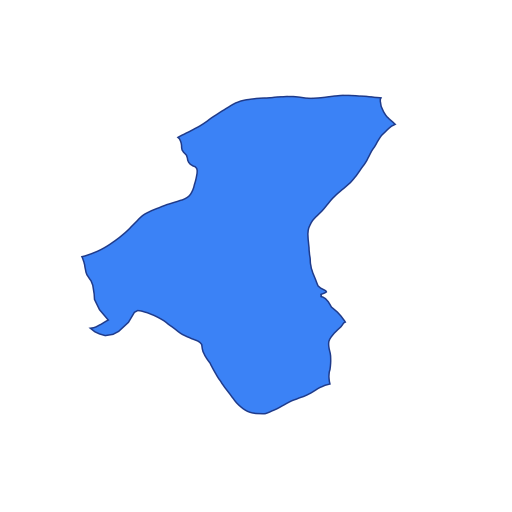 Ghayl bin Yamin, Hadramawt, Yemen, rotated 156°
{"feature_id": "15242507B14142255130537", "entity_name": "Ghayl bin Yamin", "entity_type": "district", "adm_level": 2, "iso_a3": "YEM", "parent_name": "Yemen", "parent_adm1": "Hadramawt", "projection": "mercator", "projection_center": [49.287, 15.382], "detail": "fine", "context": "isolated", "style": "filled", "palette": "blue", "viewbox_px": 512, "rotation_deg": 156, "n_neighbors": 0, "source": "geoboundaries", "source_scale": "gbopen_adm2", "svg_char_len": 6071}
<svg xmlns="http://www.w3.org/2000/svg" viewBox="0 0 512 512"><g transform="rotate(156 256 256)"><path d="M415.3,326.2L415.3,324.9L415.5,322.4L415.7,320.1L416.0,318.7L416.1,317.8L416.8,315.3L417.3,313.0L417.5,312.1L417.9,310.4L418.1,307.6L417.7,305.3L417.3,302.7L416.8,300.6L416.8,300.4L417.0,295.7L419.3,287.1L421.2,282.0L420.8,270.6L417.0,257.6L419.6,257.4L422.6,257.0L425.5,256.6L427.3,256.6L428.1,256.5L431.0,256.3L433.5,256.5L435.7,257.1L436.7,257.4L434.1,252.4L430.7,248.5L426.1,244.6L418.5,242.6L412.1,243.0L399.5,247.3L390.0,254.0L386.3,254.3L384.2,253.1L383.3,252.5L382.3,251.7L380.0,249.7L378.5,248.5L377.1,247.1L376.9,246.9L375.3,245.2L373.6,243.5L373.0,242.8L371.9,241.5L370.5,239.8L368.9,237.7L368.1,236.6L367.5,235.8L366.2,233.9L365.0,231.7L364.0,229.6L362.6,227.2L361.4,225.3L360.3,223.3L359.2,221.3L358.1,219.1L357.9,218.7L356.4,216.1L355.1,214.2L353.8,212.7L352.2,210.8L351.7,210.2L350.0,208.5L348.5,206.7L346.9,205.2L345.1,203.4L344.7,203.0L343.6,201.8L342.3,199.7L342.0,198.7L341.6,197.2L342.9,192.7L342.9,192.4L343.3,190.2L343.2,187.7L343.2,186.1L343.1,185.1L342.7,182.2L342.2,179.7L341.5,176.7L341.5,174.7L341.4,173.6L341.2,170.5L340.9,167.2L340.6,164.4L340.4,162.3L340.3,161.5L339.9,158.8L339.3,156.3L339.0,153.9L339.0,153.7L338.5,151.3L338.1,149.2L338.0,148.7L337.2,145.4L336.5,142.5L335.9,140.1L335.5,138.1L335.3,137.0L334.7,134.8L334.3,132.7L333.5,129.8L332.4,126.9L331.1,124.1L329.8,121.6L328.5,119.6L327.0,117.6L325.2,115.8L323.1,114.1L321.7,113.2L320.6,112.4L318.6,111.4L316.1,110.2L314.3,109.3L313.7,109.0L311.7,108.2L309.5,108.0L307.0,107.9L304.5,108.0L302.5,107.9L301.7,107.9L299.0,107.9L296.2,108.1L293.4,108.4L292.0,108.5L290.6,108.6L288.8,108.8L287.6,108.9L284.8,109.1L282.4,109.2L280.2,109.1L277.0,108.8L274.8,108.8L272.2,108.6L270.8,108.4L269.4,108.3L266.8,108.3L265.9,108.3L264.4,108.4L261.8,108.5L259.4,108.8L257.2,109.1L254.6,109.5L253.6,109.7L250.8,109.9L248.9,109.8L248.0,109.8L245.5,109.8L242.9,109.4L240.5,109.0L240.0,111.5L239.2,114.1L238.4,116.3L237.3,118.4L236.2,120.3L234.6,122.2L233.7,123.7L232.9,125.0L231.6,127.4L230.5,129.6L229.6,131.7L228.5,134.4L227.8,136.8L227.4,139.0L227.1,140.5L226.9,141.6L226.2,144.1L225.4,146.2L224.3,148.2L222.5,150.0L220.4,151.4L218.3,152.5L216.1,153.6L215.9,153.7L214.0,154.4L212.9,154.8L211.7,155.3L209.3,156.1L207.2,156.8L205.2,157.9L203.1,159.2L201.3,159.3L201.5,160.8L202.1,163.4L202.8,166.5L203.7,169.3L204.5,171.7L205.6,174.0L206.8,176.5L207.9,178.7L208.1,181.0L208.6,184.8L209.9,188.8L211.7,191.4L212.0,191.6L212.8,192.2L213.0,192.3L213.0,192.5L212.9,192.5L212.7,192.5L212.6,192.8L212.5,193.6L212.3,194.5L208.7,194.3L207.2,194.4L206.3,194.6L206.3,195.1L206.5,195.9L207.3,197.0L210.1,200.5L211.5,203.5L211.4,206.6L211.2,209.9L211.0,216.7L211.0,217.4L210.7,219.7L210.5,222.2L210.4,222.6L209.8,224.9L209.5,226.3L209.2,227.4L208.6,229.0L208.2,230.0L207.8,231.0L207.3,232.5L206.7,234.9L206.3,236.2L206.0,237.0L205.1,239.8L204.2,242.0L203.2,245.1L202.3,247.8L201.6,250.0L199.6,255.2L199.0,256.2L197.9,258.2L196.3,260.3L194.3,262.1L192.0,264.0L189.9,265.4L187.8,266.4L185.4,267.4L183.0,268.2L182.6,268.4L180.4,269.2L177.7,270.2L174.8,271.5L172.6,272.6L170.1,273.9L168.0,274.9L167.7,275.1L165.1,276.4L162.4,277.6L160.2,278.4L158.1,279.2L156.0,279.9L152.9,280.8L150.7,281.5L148.2,282.1L145.3,283.0L142.5,283.9L140.1,284.6L137.0,286.0L134.9,287.0L134.4,287.3L131.7,288.6L131.4,288.8L129.2,290.1L126.7,291.6L124.5,293.0L122.6,294.1L120.0,295.5L118.1,296.7L115.9,298.2L113.9,299.9L112.2,301.2L111.5,301.8L109.8,303.2L107.5,305.0L105.3,306.4L103.2,307.6L101.4,308.9L100.4,309.6L99.2,310.6L96.9,312.2L94.5,313.8L92.3,315.1L91.7,315.3L90.1,315.9L87.8,316.7L84.7,317.9L82.0,318.8L79.4,319.5L76.8,319.6L75.3,319.7L75.5,320.1L76.5,322.6L77.5,324.7L78.7,327.3L79.1,328.5L79.6,329.5L80.2,331.7L80.6,334.4L80.8,336.0L80.8,336.7L80.8,339.2L80.8,341.8L80.2,344.2L79.9,345.2L79.6,346.6L78.7,348.6L77.5,349.6L78.3,350.1L80.3,351.2L83.0,352.6L85.8,354.4L86.1,354.5L88.1,355.6L90.2,356.9L92.5,358.1L95.3,359.5L96.8,360.2L97.5,360.6L100.0,362.0L106.6,365.3L108.7,366.2L111.5,367.5L114.5,368.6L117.0,369.4L119.5,370.3L121.3,370.8L122.5,371.2L123.3,371.4L125.5,372.1L128.7,373.0L129.6,373.3L131.5,373.9L134.2,374.8L139.3,376.7L141.5,377.6L142.8,378.2L143.8,378.7L144.9,379.3L146.3,380.0L149.1,381.8L151.8,383.5L154.4,385.0L156.7,386.3L158.8,387.3L159.8,387.7L160.9,388.2L163.0,389.2L166.4,390.4L168.5,391.3L170.9,392.2L171.6,392.5L173.1,393.0L175.2,393.7L177.1,394.2L177.3,394.3L179.5,395.1L182.3,396.1L184.8,397.2L187.1,398.1L189.3,398.9L191.7,399.8L193.9,400.4L196.4,401.2L199.3,402.0L200.1,402.3L202.0,402.8L204.9,403.4L207.1,403.8L209.8,403.9L212.5,404.1L213.4,404.0L215.3,403.9L218.0,403.6L220.5,403.2L223.3,402.9L225.6,402.5L227.8,402.3L228.5,402.2L231.0,401.8L232.8,401.5L233.3,401.4L235.9,401.0L238.1,400.7L240.5,400.3L243.3,399.7L245.5,399.1L247.7,398.7L249.8,398.3L252.5,397.9L254.7,397.6L256.9,397.4L259.1,397.3L260.8,397.2L261.3,397.1L262.9,397.0L264.6,396.9L265.3,396.8L267.5,396.7L269.7,396.7L272.0,396.5L274.5,396.5L277.0,396.3L279.1,396.1L278.3,394.3L278.2,392.0L278.4,389.7L279.0,387.4L279.9,385.1L280.4,382.9L280.0,380.7L280.0,380.4L279.2,378.3L278.5,376.1L278.7,375.1L278.8,373.6L279.4,371.3L279.4,369.0L278.7,366.5L277.9,365.4L277.1,364.1L275.5,362.5L275.3,362.4L274.6,360.2L274.6,359.8L275.0,357.9L275.8,356.3L276.2,355.5L277.5,353.6L279.1,351.3L281.2,348.6L283.2,346.3L284.9,344.1L286.9,342.0L288.8,340.4L289.2,340.1L290.6,339.1L292.6,338.1L294.1,337.7L294.8,337.5L297.6,337.2L299.3,337.2L300.5,337.2L302.7,337.6L305.5,337.8L308.5,338.2L311.1,338.5L313.8,338.8L316.5,339.2L319.1,339.3L321.9,339.5L324.9,339.5L327.3,339.7L330.0,339.8L333.0,339.9L335.2,339.8L338.1,339.7L340.8,339.5L343.4,339.0L345.7,338.3L348.2,337.4L349.1,337.0L350.2,336.5L353.1,335.4L355.7,334.4L358.3,333.4L360.3,332.5L363.4,331.4L366.1,330.5L369.2,329.6L371.3,329.0L373.5,328.4L375.7,327.9L378.9,327.2L381.6,326.7L384.6,326.1L387.9,325.6L391.3,325.2L395.2,324.9L398.8,324.8L399.2,324.8L405.4,325.0L407.8,325.2L410.1,325.4L412.3,325.6L414.5,326.0L415.3,326.2Z" fill="#3b82f6" stroke="#1e3a8a" stroke-width="1.5"/></g></svg>